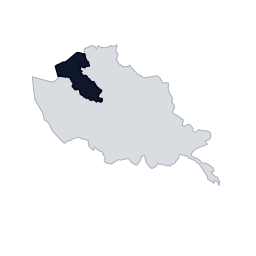 where Farah sits in Afghanistan, rotated 65°
{"feature_id": "AFG-1749", "entity_name": "Farah", "entity_type": "Province", "adm_level": 1, "iso_a3": "AFG", "parent_name": "Afghanistan", "parent_adm1": "", "projection": "albers", "projection_center": [62.843, 32.453], "detail": "fine", "context": "in_parent", "style": "filled", "palette": "ink", "viewbox_px": 256, "rotation_deg": 65, "n_neighbors": 0, "source": "natural_earth", "source_scale": "10m", "svg_char_len": 7724}
<svg xmlns="http://www.w3.org/2000/svg" viewBox="0 0 256 256"><g transform="rotate(65 128 128)"><path d="M113.5,75.7L117.9,75.1L120.9,75.6L122.6,77.0L124.2,77.4L125.6,76.6L126.6,76.4L127.0,76.8L127.7,77.0L128.9,76.9L129.6,77.3L129.8,78.2L130.7,79.4L132.3,80.7L133.7,81.0L135.4,79.8L136.1,79.9L136.3,79.5L136.5,78.7L137.5,77.9L139.5,77.0L140.6,76.4L141.0,75.8L141.6,75.6L142.4,75.7L142.9,75.5L143.2,74.8L143.9,74.5L144.5,74.6L147.4,77.0L148.5,77.7L149.0,77.5L150.3,76.0L150.4,74.7L149.9,73.1L150.1,71.7L150.9,70.6L152.6,69.9L155.0,69.5L156.5,69.5L157.0,70.0L157.8,70.3L158.7,70.3L159.6,69.6L160.2,68.3L160.2,66.7L159.4,64.9L159.5,64.3L160.7,63.2L161.9,61.7L163.0,59.8L164.0,57.5L165.4,56.1L167.1,55.4L169.3,55.9L171.9,57.4L173.0,59.4L172.6,62.0L172.7,63.4L173.2,63.6L176.0,62.9L176.4,63.2L176.5,63.9L176.1,65.0L175.9,68.1L175.6,75.5L177.1,79.8L178.1,81.5L179.0,82.0L179.9,82.1L180.7,81.9L182.4,80.6L184.9,78.3L187.3,76.8L191.0,75.7L192.0,73.4L193.6,71.7L197.3,69.2L199.3,68.1L200.5,67.9L203.6,68.4L203.8,69.0L203.7,69.8L202.9,70.5L202.7,70.9L203.0,71.3L204.3,71.2L209.3,69.2L210.3,67.7L211.4,67.6L213.6,67.9L215.3,67.5L216.2,68.0L218.4,69.7L217.8,69.9L216.9,69.6L216.3,69.0L214.3,70.1L212.1,71.6L212.2,71.9L214.5,73.4L210.3,75.9L208.5,77.2L208.1,77.3L205.0,76.5L196.9,77.7L190.8,78.8L188.5,80.1L186.3,80.7L185.2,81.4L184.5,82.5L181.3,85.1L180.7,86.0L178.8,86.1L177.0,88.4L174.3,91.3L173.8,92.6L174.3,93.2L175.9,94.1L176.7,94.9L178.0,97.4L178.6,99.2L179.3,99.9L179.9,102.1L179.3,103.4L179.3,104.0L180.4,105.6L180.2,106.1L179.5,106.9L178.6,109.1L176.6,110.8L175.9,112.2L174.5,113.9L174.0,115.2L173.4,116.0L172.8,116.4L173.0,117.1L173.7,117.9L174.7,118.8L174.9,122.6L174.5,123.8L172.0,125.0L169.5,125.7L166.4,125.9L165.2,125.9L160.8,124.7L159.5,125.5L159.4,127.3L162.0,129.9L163.1,131.3L164.4,133.9L165.3,135.1L165.1,136.4L160.8,139.5L158.0,139.9L156.3,140.5L155.5,141.2L155.0,144.2L154.4,145.3L154.5,146.6L154.0,148.1L153.2,149.1L152.6,150.6L153.6,158.3L151.2,161.6L149.8,162.8L148.4,163.4L147.2,163.3L145.7,161.6L144.7,160.9L143.6,161.1L142.6,161.8L141.0,161.7L139.6,161.1L138.9,161.2L138.5,161.9L137.0,163.3L133.5,165.5L132.0,165.7L131.3,166.2L131.6,167.1L132.3,167.7L133.5,168.1L133.6,168.7L131.7,169.8L129.8,170.6L127.6,170.9L125.3,170.6L124.1,169.8L122.7,169.7L121.5,170.4L120.2,171.6L118.5,174.4L115.9,176.1L115.3,177.9L114.6,180.9L115.0,185.4L114.7,187.4L114.2,188.7L114.3,189.8L115.3,190.9L114.9,191.7L114.2,192.6L113.5,193.0L98.9,197.7L96.5,197.9L95.2,197.7L91.1,197.8L89.3,198.1L87.6,198.8L86.3,199.5L85.4,200.6L83.6,200.0L78.1,199.0L63.2,200.4L61.8,200.1L41.1,193.1L54.0,178.1L54.4,176.8L54.4,174.4L53.7,171.0L52.4,169.5L41.3,167.6L40.9,165.0L41.1,163.8L40.9,161.6L41.0,159.9L41.5,157.0L41.6,155.8L38.3,143.0L38.3,141.8L40.5,138.9L43.1,136.2L43.0,135.6L41.7,135.3L39.7,135.2L38.7,134.8L37.9,134.0L37.6,132.8L38.1,130.8L37.7,126.8L39.8,123.6L43.0,123.4L41.4,121.0L41.1,120.7L40.9,120.3L41.1,119.9L41.9,119.7L43.9,118.2L44.0,117.3L45.6,115.1L45.5,114.1L46.5,111.4L46.0,109.6L45.9,108.6L47.1,108.0L47.9,105.5L48.3,104.9L48.3,104.2L48.1,103.2L49.2,103.1L50.1,104.4L51.6,105.8L52.6,106.2L53.9,106.4L56.7,106.0L57.3,106.0L60.2,108.5L60.7,109.1L60.9,110.0L61.4,110.3L62.4,109.4L63.4,109.1L65.2,109.4L66.2,109.0L70.9,106.1L71.3,104.1L71.7,103.1L72.4,102.4L71.6,100.2L71.9,99.8L72.5,99.6L74.0,99.6L81.1,97.2L83.0,97.1L83.4,96.9L83.5,96.3L84.0,95.6L87.4,93.7L89.3,91.9L89.9,90.6L92.9,79.5L94.6,78.5L96.3,77.8L102.1,77.5L103.1,74.1L103.6,73.3L104.6,72.4L108.9,74.7L113.5,75.7Z" fill="#d9dde1" stroke="#a8b0b8" stroke-width="1"/><path d="M51.7,169.4L41.7,167.8L41.3,167.6L41.1,166.1L41.0,165.3L40.9,165.0L41.1,163.8L41.0,162.4L41.0,161.6L41.1,160.6L41.1,160.3L40.9,160.0L40.9,159.8L41.0,159.5L41.0,159.4L40.9,159.3L40.8,159.2L41.3,158.6L41.4,158.3L41.6,157.1L41.6,155.8L40.7,151.9L38.5,144.1L38.3,143.1L38.4,141.8L38.4,141.6L41.0,138.3L41.4,138.0L41.8,137.7L42.0,137.2L42.0,136.9L42.0,136.7L42.2,136.3L42.8,136.3L43.0,136.2L43.9,136.1L44.6,136.5L46.3,136.9L47.2,137.0L49.1,136.8L49.3,136.8L49.5,136.9L49.8,137.0L50.1,137.0L50.4,136.9L50.6,136.8L50.7,136.7L50.8,136.4L50.9,136.2L51.1,136.2L51.4,136.1L52.0,136.1L52.6,136.3L52.8,136.5L53.0,136.5L53.4,136.5L54.4,136.6L55.2,136.8L55.4,136.9L55.4,137.0L55.4,137.3L55.3,137.5L55.1,137.7L55.0,137.8L55.0,138.0L55.0,138.6L54.9,138.9L54.8,139.0L54.6,139.2L54.4,139.3L54.2,139.6L54.0,139.8L54.0,140.0L54.6,140.7L55.1,141.6L55.1,141.8L54.6,142.2L54.5,142.3L54.3,142.6L53.8,143.1L53.7,143.2L53.6,143.3L53.5,143.5L53.4,143.6L53.1,143.9L52.9,144.0L52.8,144.8L52.8,145.3L52.8,145.6L52.9,145.8L53.0,145.8L54.0,146.0L54.3,146.2L54.5,146.4L54.9,146.9L55.1,147.1L55.3,147.1L55.5,147.0L56.0,146.4L56.7,145.9L56.9,145.8L57.1,145.8L57.2,146.3L57.2,146.5L57.3,146.8L57.3,147.0L57.4,147.3L57.5,147.4L57.6,147.6L57.9,147.7L58.1,147.6L58.4,147.5L58.8,147.1L59.1,147.0L59.5,146.9L60.6,146.8L61.1,146.7L61.4,146.7L61.6,146.7L61.8,146.7L61.7,146.4L61.8,146.3L62.1,145.5L62.1,145.4L62.1,145.2L62.1,144.9L62.2,144.5L62.3,144.4L62.6,144.2L62.9,143.9L63.3,143.6L63.8,143.4L64.0,143.3L64.3,143.3L64.7,143.5L64.8,143.6L65.0,143.6L65.6,143.4L66.2,143.3L66.4,143.1L66.5,143.0L66.6,142.9L66.7,142.6L66.8,142.4L67.4,142.4L67.6,142.4L67.8,142.4L68.9,142.0L69.2,141.9L69.2,142.1L69.2,142.3L69.3,142.3L70.5,141.9L70.8,141.5L70.9,141.4L70.9,141.1L71.0,140.8L71.2,140.2L71.4,139.9L71.5,139.7L71.9,139.5L72.1,139.3L72.5,139.5L73.0,139.5L73.2,139.4L74.1,139.1L76.8,139.0L77.5,138.9L78.0,138.7L78.5,138.2L78.8,138.1L79.2,137.9L79.7,137.8L80.6,137.7L80.8,137.6L81.0,137.5L81.2,137.1L81.4,136.8L81.6,136.6L81.9,136.4L82.4,136.2L82.8,136.1L83.2,136.4L83.5,136.6L84.2,137.8L84.6,138.7L84.7,138.9L84.7,139.1L84.7,139.4L84.7,139.6L84.7,139.8L84.8,139.9L85.0,140.0L85.3,140.0L85.5,140.4L85.7,140.5L85.8,140.7L86.2,141.4L86.3,141.6L86.6,141.6L86.8,141.6L87.1,141.9L87.6,142.2L87.8,142.2L88.0,142.0L88.5,142.0L88.6,141.9L88.6,141.7L88.3,141.4L88.4,141.2L88.8,141.1L89.0,141.0L89.3,140.8L89.4,140.7L89.6,140.6L89.7,140.4L89.9,140.1L90.2,139.3L90.3,139.1L90.5,139.1L90.8,139.1L90.9,139.3L91.0,139.5L91.3,139.7L91.5,139.6L92.0,139.7L92.3,139.8L92.3,140.0L92.8,140.5L93.0,140.8L92.6,141.2L92.5,141.3L92.5,141.5L92.5,141.9L92.7,142.0L91.6,142.9L91.4,143.0L91.2,143.4L91.0,143.6L90.8,143.8L90.8,144.0L90.9,144.3L90.7,144.6L90.5,145.0L90.9,145.2L91.0,145.3L90.9,145.5L89.2,146.3L88.8,146.4L88.7,146.4L88.6,146.5L88.3,146.9L88.1,147.1L87.9,147.4L87.9,147.5L87.8,147.8L87.7,147.9L87.2,148.3L86.9,148.5L86.8,148.8L86.8,149.0L87.1,149.2L87.4,149.3L87.4,149.5L87.3,149.9L87.2,150.1L86.4,150.5L85.9,150.8L85.1,150.9L84.2,151.1L83.9,151.0L83.9,150.9L83.7,150.9L83.5,151.1L83.4,151.2L83.4,151.5L83.4,151.8L83.5,151.9L83.5,152.0L83.8,152.5L83.8,152.8L83.7,152.9L83.5,153.0L83.3,153.1L83.1,153.3L82.9,153.5L82.7,153.6L82.4,153.5L81.5,154.3L81.4,154.4L81.4,154.5L81.3,154.8L81.2,154.8L80.6,154.7L79.9,154.9L79.0,155.7L78.9,155.8L78.7,156.0L77.6,156.5L77.3,156.8L77.0,156.8L74.5,156.2L73.2,156.1L72.5,156.0L72.4,156.0L72.1,156.1L71.9,156.4L71.7,156.6L71.7,156.8L71.5,157.1L71.5,157.3L71.5,158.5L71.4,158.6L71.4,158.8L71.3,159.0L71.2,159.2L71.0,159.4L70.7,159.6L70.3,160.0L70.1,160.1L69.3,160.3L68.6,160.3L67.3,160.8L66.9,161.0L66.7,160.9L65.0,159.1L64.8,158.9L64.6,158.9L64.2,158.8L63.9,158.8L62.3,159.2L56.8,159.5L56.7,159.7L56.7,159.8L56.7,160.0L56.8,160.2L56.8,160.6L56.8,160.8L56.6,161.0L55.8,161.4L55.6,161.5L55.5,161.9L55.5,162.0L55.6,162.4L55.6,162.7L55.6,162.9L55.5,163.1L55.3,163.3L54.9,163.7L54.7,163.9L54.4,164.3L53.8,165.4L53.3,166.0L53.0,166.1L52.7,166.1L52.5,166.3L52.5,166.5L52.5,166.8L52.7,167.1L52.6,167.3L52.4,167.6L52.2,167.6L51.9,167.6L51.8,167.4L51.7,167.4L51.7,167.6L51.8,167.9L51.9,168.0L52.0,168.1L52.0,168.4L51.9,168.5L52.0,168.7L52.0,168.8L51.9,168.9L51.7,169.4Z" fill="#0f172a" stroke="#020617" stroke-width="1.5"/></g></svg>